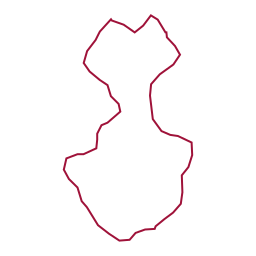 Tomelilla, Skåne, Sweden
{"feature_id": "70781695B70463852837114", "entity_name": "Tomelilla", "entity_type": "district", "adm_level": 2, "iso_a3": "SWE", "parent_name": "Sweden", "parent_adm1": "Skåne", "projection": "albers", "projection_center": [14.031, 55.651], "detail": "fine", "context": "isolated", "style": "outline", "palette": "rose", "viewbox_px": 256, "rotation_deg": 0, "n_neighbors": 0, "source": "geoboundaries", "source_scale": "gbopen_adm2", "svg_char_len": 825}
<svg xmlns="http://www.w3.org/2000/svg" viewBox="0 0 256 256"><path d="M111.0,19.3L99.9,31.5L98.8,33.6L95.6,40.0L87.1,51.1L83.7,63.0L89.6,71.5L99.8,80.0L107.5,85.1L110.9,96.2L118.6,103.9L120.3,111.6L107.5,122.7L101.5,125.2L97.2,133.7L97.2,139.7L96.3,148.3L83.5,154.2L77.5,154.2L66.4,158.4L63.9,169.3L63.8,169.6L68.9,179.0L77.5,187.5L81.7,201.2L86.9,207.2L98.0,225.2L109.1,233.8L119.4,240.6L129.6,239.8L135.6,232.9L145.1,229.5L154.7,228.9L155.6,226.3L164.4,219.1L173.1,212.6L180.8,203.8L182.4,192.3L181.8,175.3L188.4,167.1L192.2,155.1L191.6,142.5L177.9,136.0L170.3,134.9L161.5,131.1L152.8,119.1L150.0,95.6L151.1,84.2L159.8,74.3L173.4,64.5L180.0,54.7L175.0,46.0L166.9,37.3L166.4,32.3L165.4,32.3L157.7,19.6L150.9,15.4L143.2,25.6L134.7,32.4L123.7,24.7L111.8,20.5L111.0,19.3Z" fill="none" stroke="#9f1239" stroke-width="2"/></svg>